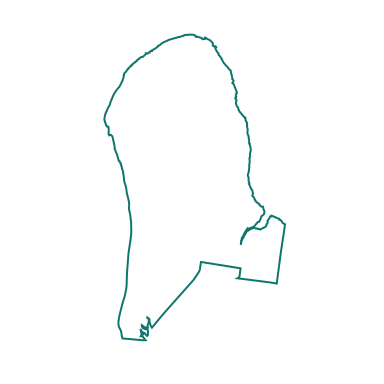 Kusini, Zanzibar South and Central, United Republic of Tanzania, rotated 189°
{"feature_id": "72390352B36829534131483", "entity_name": "Kusini", "entity_type": "district", "adm_level": 2, "iso_a3": "TZA", "parent_name": "United Republic of Tanzania", "parent_adm1": "Zanzibar South and Central", "projection": "orthographic", "projection_center": [39.51, -6.327], "detail": "fine", "context": "isolated", "style": "outline", "palette": "teal", "viewbox_px": 384, "rotation_deg": 189, "n_neighbors": 0, "source": "geoboundaries", "source_scale": "gbopen_adm2", "svg_char_len": 6020}
<svg xmlns="http://www.w3.org/2000/svg" viewBox="0 0 384 384"><g transform="rotate(189 192 192)"><path d="M217.0,37.9L214.7,38.4L218.0,41.4L219.0,41.9L220.0,41.6L219.8,42.2L219.1,42.4L221.1,47.8L221.2,48.7L219.2,44.8L218.0,44.2L218.1,45.6L216.9,45.3L213.9,42.8L213.2,43.9L213.7,47.9L214.4,49.3L217.1,49.3L219.2,49.9L220.4,51.2L220.7,52.6L218.8,51.7L218.1,51.1L214.5,50.7L214.3,51.5L215.1,52.1L214.4,57.2L214.7,58.8L214.7,59.5L215.4,60.1L216.5,60.6L216.5,61.1L214.3,60.0L213.6,57.1L212.3,54.3L211.3,52.8L210.3,51.8L201.6,66.5L176.6,105.6L172.8,113.9L172.1,116.0L172.2,124.3L132.1,124.2L131.9,115.8L132.4,114.9L133.6,113.9L100.7,114.9L94.0,114.8L94.8,145.9L95.0,174.6L95.7,174.7L96.7,175.3L97.5,175.5L98.6,176.7L98.9,177.3L99.5,177.7L100.0,177.9L100.2,178.2L100.6,178.4L101.3,178.3L101.3,178.7L102.0,179.3L102.8,179.5L103.9,179.4L105.5,180.2L106.3,180.0L107.9,180.8L108.7,180.8L109.2,180.5L109.4,181.0L110.1,181.1L111.3,179.3L111.3,178.7L112.9,175.2L112.8,174.7L112.5,174.1L112.4,173.8L112.9,172.2L113.2,172.1L113.4,171.6L113.4,170.1L113.7,169.6L114.7,168.6L118.0,166.2L118.6,165.6L120.1,166.1L120.4,165.8L121.9,165.9L122.3,166.2L123.5,165.9L124.5,166.4L125.1,166.4L128.7,164.3L130.5,162.6L131.1,162.4L131.9,161.3L134.2,155.1L134.6,154.4L135.0,152.4L135.7,151.3L135.4,150.3L135.6,149.3L135.3,147.5L135.8,149.2L135.7,149.9L135.9,151.4L135.5,152.4L135.2,152.7L135.1,153.1L135.3,153.7L135.5,153.7L135.4,154.3L135.6,154.5L134.7,156.2L133.4,160.5L132.2,163.2L131.5,163.9L131.3,164.3L131.6,164.8L131.4,165.0L130.4,164.6L125.9,167.2L125.0,168.1L122.3,172.6L120.9,173.2L120.4,175.1L120.0,176.5L119.6,179.0L118.8,179.6L117.5,181.3L117.3,182.5L117.4,184.3L118.3,185.5L119.6,188.6L121.2,188.4L123.2,189.6L123.5,190.5L124.3,191.1L125.3,191.2L126.3,192.1L127.5,192.6L128.1,193.8L129.0,194.2L129.2,195.2L129.9,196.2L130.6,196.8L131.6,197.4L131.9,198.3L131.6,198.5L131.6,200.3L132.9,203.3L133.3,203.8L133.8,204.1L135.1,205.8L135.8,207.3L137.1,208.9L136.7,209.3L136.8,210.2L137.8,211.5L138.1,213.3L138.1,214.3L139.3,216.8L139.6,217.6L139.4,219.2L139.1,219.6L139.3,226.0L139.6,226.7L139.7,227.9L139.7,230.9L140.4,233.5L140.5,234.9L140.2,235.6L140.4,236.4L140.5,237.9L140.7,238.3L140.5,242.8L141.3,245.2L141.3,245.8L141.9,246.7L142.2,247.6L142.6,247.9L142.5,248.7L142.8,248.7L143.1,249.0L143.4,250.0L143.6,252.0L143.9,252.8L144.1,253.1L144.1,253.4L144.3,254.2L144.8,254.8L144.7,255.9L145.4,256.8L145.5,257.1L145.9,257.6L146.6,259.3L146.7,260.5L146.6,261.5L147.0,263.1L148.0,265.6L148.1,266.7L148.0,267.0L148.3,267.4L148.4,268.9L149.7,270.2L149.7,270.6L150.5,271.6L150.5,272.6L150.9,273.6L151.1,273.8L151.4,273.5L158.0,279.2L158.6,280.3L159.3,281.2L159.4,282.2L161.4,284.2L162.2,285.8L162.6,287.3L162.6,288.3L162.4,288.6L162.3,289.3L162.4,289.7L163.8,291.1L164.0,291.4L163.3,292.2L163.7,293.2L163.4,293.4L163.7,294.0L163.8,295.0L163.5,296.3L163.6,297.0L163.2,297.1L163.8,298.5L166.8,303.4L167.4,304.7L169.2,306.0L169.1,306.5L168.6,306.7L168.3,308.1L168.5,308.5L168.9,309.1L169.8,309.6L169.7,310.1L170.8,312.7L171.0,313.7L171.9,315.3L172.8,318.0L175.5,319.8L176.2,320.7L176.2,320.9L177.8,321.9L181.0,324.6L183.7,328.2L183.6,328.3L184.9,329.8L185.5,330.2L185.6,330.5L186.4,331.0L187.4,332.0L187.3,332.6L187.5,333.0L189.4,334.6L189.5,334.9L190.3,335.7L190.4,336.0L191.3,337.4L191.5,337.7L190.7,338.9L190.8,339.0L191.3,339.4L192.1,339.7L192.7,339.2L193.6,339.4L194.3,339.9L194.4,340.6L194.3,341.1L195.2,342.7L195.8,343.3L196.2,343.4L197.1,344.1L197.9,344.7L200.7,345.5L201.4,345.9L202.5,346.2L202.9,346.5L203.4,346.5L203.2,345.8L203.0,345.6L203.1,345.2L204.0,344.9L205.7,344.6L206.1,345.3L206.3,345.2L207.4,345.8L211.2,346.2L211.3,346.2L211.4,345.9L212.1,345.9L212.5,346.0L212.3,346.3L212.4,346.5L213.7,347.2L215.8,347.5L219.7,346.9L221.2,346.3L221.6,346.4L223.0,346.2L224.3,345.6L224.3,345.3L225.3,344.6L227.6,343.8L228.6,343.1L230.2,342.8L230.9,342.1L232.2,341.7L232.5,341.4L233.8,341.1L234.3,340.7L235.7,339.9L236.5,339.7L238.8,338.5L239.1,338.5L240.1,337.5L241.2,337.0L241.7,336.5L243.5,335.4L245.3,333.9L246.9,331.9L247.2,331.8L247.6,331.4L247.8,331.4L248.2,330.9L248.4,330.9L248.6,330.4L248.2,330.6L249.0,329.9L249.1,329.5L250.7,328.1L250.8,327.9L251.1,327.7L251.3,327.4L251.7,327.3L253.0,326.1L253.3,325.7L253.5,325.7L253.5,325.0L254.9,324.7L255.1,324.3L255.6,324.0L255.5,323.5L255.6,323.2L256.1,323.1L256.6,322.5L257.6,322.1L258.5,321.6L258.9,321.7L258.7,321.3L259.1,321.2L261.5,318.0L262.2,317.6L262.9,317.5L264.5,316.3L264.9,315.4L265.3,315.3L266.4,314.1L266.7,313.6L267.0,313.3L267.0,313.0L267.3,313.0L267.5,312.6L268.3,311.4L268.9,311.2L269.0,310.7L269.8,310.1L270.4,309.2L270.7,309.0L270.8,308.5L271.2,308.3L271.1,308.1L271.3,307.5L272.0,307.2L272.3,306.4L273.0,306.0L274.1,303.8L274.4,303.9L274.5,303.7L274.6,303.1L274.9,302.9L276.2,300.2L277.1,299.2L277.3,298.4L277.6,298.1L277.6,297.2L277.4,296.6L277.7,296.2L277.5,295.6L277.5,294.4L277.9,292.8L278.1,291.1L280.2,284.4L281.7,282.2L282.9,280.0L284.1,277.2L284.9,274.9L286.4,268.7L286.7,267.1L286.7,265.8L286.9,265.4L287.0,264.8L287.2,264.3L287.1,264.1L287.5,263.6L288.2,261.5L288.8,259.2L288.9,258.2L289.2,257.9L289.1,257.7L289.5,256.7L289.9,254.7L290.0,251.1L289.9,250.2L289.2,248.0L288.8,247.8L288.6,247.5L288.7,247.2L287.5,245.2L287.4,244.5L286.0,243.5L286.0,243.3L285.8,243.2L285.0,243.4L284.7,243.2L283.9,240.2L283.4,235.9L282.6,235.0L281.5,235.8L281.0,235.7L280.3,235.3L279.3,234.4L278.9,233.6L276.2,226.5L275.2,223.3L275.2,222.6L274.8,221.9L274.2,221.2L273.7,220.0L272.1,217.6L271.6,216.4L271.0,215.5L270.3,213.5L269.6,212.4L269.2,211.3L268.4,211.1L268.0,210.2L267.5,210.0L267.0,209.3L266.9,208.5L266.4,208.4L266.1,206.8L265.4,206.1L264.9,204.3L263.8,202.5L263.2,200.9L261.6,195.9L260.6,191.9L257.8,186.2L256.1,180.5L253.7,174.9L252.7,172.3L252.1,169.8L251.7,165.6L249.3,159.4L247.5,152.8L245.7,143.1L245.3,137.1L245.1,120.8L244.6,115.1L243.6,102.4L242.0,89.6L241.8,86.0L242.1,79.1L243.3,70.6L244.4,57.9L244.4,53.3L244.2,50.8L243.4,48.2L242.8,47.0L240.9,44.4L240.1,43.0L238.7,38.4L238.0,37.2L237.8,36.5L217.0,37.9Z" fill="none" stroke="#0f766e" stroke-width="2"/></g></svg>